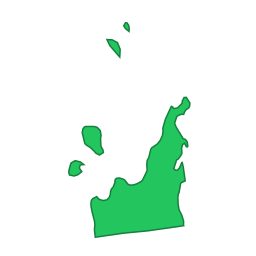 the district of Leelanau, Michigan, United States of America, rotated 352°
{"feature_id": "52423323B5500794586231", "entity_name": "Leelanau", "entity_type": "district", "adm_level": 2, "iso_a3": "USA", "parent_name": "United States of America", "parent_adm1": "Michigan", "projection": "mercator", "projection_center": [-85.819, 45.133], "detail": "fine", "context": "isolated", "style": "filled", "palette": "green", "viewbox_px": 256, "rotation_deg": 352, "n_neighbors": 0, "source": "geoboundaries", "source_scale": "gbopen_adm2", "svg_char_len": 2041}
<svg xmlns="http://www.w3.org/2000/svg" viewBox="0 0 256 256"><g transform="rotate(352 128 128)"><path d="M133.5,232.6L169.5,232.5L169.4,232.3L170.1,228.1L169.2,222.1L167.2,216.1L167.0,211.0L167.7,203.8L168.4,201.0L169.6,199.0L172.5,190.1L173.4,189.5L177.3,188.4L177.3,174.6L176.9,169.7L176.4,169.8L173.5,174.6L170.9,176.8L169.2,176.4L167.6,174.7L170.4,169.1L171.6,166.4L173.3,165.8L175.9,163.3L177.8,160.8L178.3,155.3L179.8,151.9L181.9,151.1L183.1,154.5L183.9,155.1L184.7,154.4L184.7,149.9L183.2,147.2L181.2,146.3L175.9,134.0L174.8,129.9L177.8,123.6L179.7,122.5L183.1,121.8L183.9,121.9L184.3,122.3L184.7,122.3L185.0,122.2L185.4,121.8L185.6,121.4L185.7,120.8L187.6,118.3L190.8,116.6L191.9,115.4L192.8,111.9L190.0,105.8L187.8,105.6L185.6,108.6L185.0,111.0L180.6,114.5L179.2,115.1L176.3,115.1L175.4,114.3L175.1,113.3L173.9,112.6L166.2,124.6L162.4,133.2L162.2,136.4L161.1,140.1L158.1,144.8L154.7,148.0L148.8,150.9L147.6,152.2L144.4,160.3L142.5,162.7L141.5,166.9L141.1,172.0L140.6,173.5L135.1,181.7L133.4,182.9L129.1,184.5L125.4,185.1L122.2,184.9L120.1,183.6L117.7,179.4L116.5,178.2L112.7,176.3L109.5,176.2L108.1,177.4L107.3,180.4L105.1,184.4L103.3,185.9L102.2,187.6L101.0,191.9L99.5,194.4L96.9,196.2L93.5,196.4L91.0,195.4L89.0,194.1L87.5,191.6L83.3,193.0L81.7,194.6L80.8,197.4L80.5,200.6L80.8,206.3L81.8,215.1L81.8,219.0L80.6,223.9L80.4,231.6L108.4,231.5L133.5,232.6ZM82.0,126.2L83.0,136.6L83.3,137.7L84.6,139.3L87.8,141.9L91.3,146.2L92.7,148.5L96.0,150.8L100.2,148.9L100.1,145.9L99.0,143.6L98.7,141.7L99.4,134.2L100.3,131.9L100.2,126.8L97.6,123.1L96.8,122.6L94.2,121.7L88.6,120.9L86.3,120.6L85.0,120.9L83.2,122.7L82.0,126.2ZM63.2,164.0L63.5,166.4L67.9,168.0L71.6,167.4L76.2,164.8L74.6,161.8L74.4,160.5L74.8,159.5L75.4,158.3L76.2,157.9L79.1,158.1L76.2,155.0L71.1,153.0L67.0,154.6L66.3,155.4L63.6,161.8L63.2,164.0ZM119.5,37.5L121.5,43.9L129.7,56.6L131.2,49.0L129.4,41.9L124.6,38.5L119.5,37.5ZM138.0,26.2L139.3,29.1L142.4,32.5L143.0,30.3L143.0,26.7L141.7,23.8L140.2,23.4L138.0,26.2Z" fill="#22c55e" stroke="#15803d" stroke-width="1.5"/></g></svg>